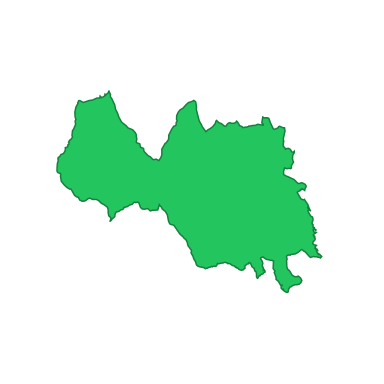 Sacuieu, Cluj, Romania, rotated 63°
{"feature_id": "2599482B66272084006020", "entity_name": "Sacuieu", "entity_type": "district", "adm_level": 2, "iso_a3": "ROU", "parent_name": "Romania", "parent_adm1": "Cluj", "projection": "robinson", "projection_center": [22.862, 46.778], "detail": "fine", "context": "isolated", "style": "filled", "palette": "green", "viewbox_px": 384, "rotation_deg": 63, "n_neighbors": 0, "source": "geoboundaries", "source_scale": "gbopen_adm2", "svg_char_len": 6000}
<svg xmlns="http://www.w3.org/2000/svg" viewBox="0 0 384 384"><g transform="rotate(63 192 192)"><path d="M296.9,168.1L297.1,165.7L296.5,164.7L296.5,163.2L296.1,163.1L296.0,163.7L295.3,162.8L293.6,163.1L293.8,163.8L292.3,163.0L289.5,162.8L287.9,161.4L286.2,160.9L283.9,160.9L282.6,161.3L281.9,160.7L282.0,158.4L285.7,156.4L288.6,152.8L289.2,151.6L290.2,151.1L290.4,150.7L297.1,154.5L299.8,154.0L300.5,154.3L300.9,155.2L306.1,155.8L308.0,156.8L310.7,155.6L315.4,155.4L316.0,154.1L317.0,155.7L318.1,156.2L319.0,156.0L320.5,155.4L320.3,154.8L321.4,155.1L323.4,154.1L324.6,152.9L324.8,152.1L324.2,151.3L322.7,150.3L321.2,148.0L321.4,146.4L321.1,145.2L321.4,142.2L322.2,140.8L322.8,138.4L322.3,136.2L320.7,134.3L318.1,134.3L315.3,135.4L315.1,135.9L314.9,137.7L313.8,139.1L311.7,140.5L306.0,140.9L304.6,141.8L301.8,141.5L295.9,138.8L295.0,137.7L292.7,137.3L291.8,136.1L292.0,134.3L292.9,133.4L292.6,132.0L294.1,128.0L294.0,125.1L293.0,120.6L293.9,119.7L295.1,119.5L296.7,118.3L302.8,116.7L304.1,116.1L304.6,113.1L305.4,112.2L306.5,110.0L307.2,109.6L308.1,108.2L309.1,107.5L308.3,105.7L305.2,106.7L305.0,107.0L305.2,107.9L305.1,108.1L305.1,107.6L304.4,107.9L304.0,107.5L302.4,108.1L301.2,107.8L301.1,107.0L301.4,106.6L301.2,106.5L299.3,106.7L299.5,107.6L297.8,108.0L297.2,107.0L296.6,106.9L296.1,105.4L295.3,106.0L294.5,107.3L292.6,107.8L291.3,106.6L290.7,104.6L289.8,103.5L287.9,103.6L287.9,102.9L286.9,102.8L286.8,103.2L285.4,103.5L284.7,102.0L284.8,101.0L284.5,99.8L282.9,101.6L280.7,101.3L280.2,100.4L282.5,99.2L281.9,98.7L279.9,99.9L279.2,99.2L278.5,100.2L276.2,99.0L275.3,99.4L274.4,99.2L273.3,98.5L272.0,96.9L269.9,96.1L268.8,96.1L268.1,96.8L266.7,97.2L262.2,97.4L261.6,97.3L260.4,95.9L258.5,96.1L257.7,95.3L260.3,95.3L261.1,95.7L263.0,95.0L259.3,95.0L256.1,94.5L249.6,95.2L249.7,96.1L247.9,98.0L240.3,98.5L239.8,98.0L239.9,94.5L239.1,94.3L239.2,93.2L239.6,92.7L239.3,92.2L241.8,90.9L240.5,89.9L239.1,87.9L237.8,87.5L236.4,87.8L234.0,89.5L233.4,90.5L233.2,92.2L232.5,93.7L227.2,95.4L221.6,99.8L220.9,100.6L219.2,101.6L218.7,102.2L217.9,102.3L215.3,101.1L212.6,98.7L214.4,96.7L215.0,94.6L216.0,93.5L215.8,92.6L213.6,91.4L211.4,87.9L210.1,87.9L207.8,87.3L204.6,85.2L203.8,83.5L202.6,82.5L202.1,82.4L202.5,83.2L202.3,84.0L201.6,84.9L198.8,85.0L197.0,86.1L196.3,87.8L196.3,89.3L194.9,89.2L192.9,89.8L191.1,89.2L189.8,88.1L188.7,87.9L188.5,87.2L186.5,86.7L185.5,86.1L180.0,81.5L176.8,80.4L176.1,81.7L173.2,84.1L173.1,85.1L173.8,86.1L173.9,87.8L173.6,89.9L172.7,90.9L165.8,90.7L161.4,90.1L160.5,90.7L159.7,91.8L158.7,94.0L157.3,94.9L161.9,98.3L162.7,98.4L164.0,97.8L164.8,98.3L161.5,102.7L161.4,105.2L160.3,107.7L159.5,110.7L159.0,111.4L159.2,112.0L159.1,113.6L158.3,115.2L158.1,116.6L157.7,117.3L156.3,117.8L154.6,119.4L150.5,119.6L149.1,120.1L149.8,121.4L149.9,123.2L148.8,125.5L147.4,126.8L147.2,127.8L147.4,129.5L148.6,131.5L148.7,132.2L147.8,133.3L144.5,134.7L142.4,136.6L139.4,137.6L139.7,138.5L141.5,140.1L143.2,143.9L143.8,147.2L143.8,149.5L144.6,152.2L138.1,153.3L136.8,153.0L132.0,153.3L120.8,150.8L118.5,149.5L113.8,147.9L113.0,147.9L111.2,148.8L111.4,150.5L110.7,154.6L111.6,157.8L113.3,162.2L113.4,165.3L114.7,168.1L116.9,170.9L120.2,172.8L121.7,172.8L123.1,174.7L124.4,175.3L125.2,176.0L125.4,176.7L125.1,178.5L126.8,181.5L130.8,186.9L134.4,188.9L136.4,192.5L136.5,193.9L140.1,199.4L145.1,201.9L147.1,204.0L149.0,207.2L146.4,209.1L145.9,211.2L145.2,212.1L141.6,213.2L139.8,214.6L134.4,216.2L133.0,216.1L131.4,215.4L130.5,215.9L128.8,217.5L125.1,216.7L124.0,218.1L122.8,219.0L121.8,218.8L119.8,217.1L117.4,216.5L115.5,215.6L113.3,215.6L109.6,216.6L105.9,219.9L103.0,220.6L97.8,223.0L92.3,223.2L87.6,222.5L83.7,222.6L79.2,221.3L72.3,221.1L70.6,221.4L69.3,221.2L68.3,220.4L64.4,220.2L64.4,220.6L65.1,220.9L65.5,221.5L65.9,222.9L66.4,224.9L65.4,225.1L66.8,226.3L67.0,229.6L64.8,230.3L66.5,231.6L65.1,234.1L64.9,239.5L64.6,239.7L63.8,242.1L62.9,248.1L59.5,250.6L59.2,251.6L60.0,252.3L60.6,253.3L61.2,253.3L63.6,256.8L67.5,260.0L72.1,262.1L74.5,262.4L75.7,263.9L79.0,265.1L82.0,268.7L83.2,270.7L87.2,273.3L88.6,273.5L89.3,274.3L90.4,276.6L90.2,277.4L91.6,279.4L92.3,279.3L93.4,279.8L93.5,281.0L95.1,282.1L95.3,282.5L95.0,284.8L96.6,285.5L97.8,286.6L99.4,289.0L99.1,291.9L100.3,293.6L100.5,295.5L101.7,296.5L102.5,296.5L104.1,297.6L105.2,298.8L108.4,300.8L111.9,302.7L112.8,302.9L113.9,302.6L115.9,300.9L116.4,300.8L118.4,302.1L123.1,303.6L127.8,302.6L131.1,301.4L133.9,299.7L134.2,298.8L134.9,298.4L141.5,298.2L143.9,297.1L145.1,295.7L148.2,295.7L150.2,294.2L151.1,292.5L151.4,290.7L150.8,287.6L151.0,285.9L153.5,284.0L155.1,280.7L157.2,279.1L160.9,277.9L163.4,276.1L167.1,274.3L169.6,274.7L172.5,276.1L175.4,277.0L177.2,276.3L178.6,276.2L180.3,277.6L181.0,278.8L180.5,276.5L179.7,275.4L179.0,272.1L176.6,270.4L175.5,268.7L176.1,265.7L175.6,263.8L176.1,261.6L175.7,260.4L175.0,260.0L174.9,259.5L175.7,256.2L175.3,253.7L175.8,250.8L174.8,248.4L175.4,247.2L175.9,247.0L176.3,245.2L177.1,244.3L182.5,244.9L184.6,244.0L185.8,242.2L186.5,239.3L187.5,238.6L189.9,237.8L190.3,235.6L192.5,230.7L188.5,226.9L190.5,226.6L191.4,226.1L193.8,226.2L197.0,224.6L199.5,224.4L201.4,224.4L207.2,226.1L209.9,226.3L211.0,225.9L212.9,223.7L213.9,223.2L223.9,221.9L228.3,220.2L230.0,220.0L231.4,219.1L234.5,219.1L238.0,219.9L243.8,219.0L244.4,219.2L245.4,220.3L246.3,220.5L249.6,220.3L252.3,220.8L255.8,220.5L258.9,221.1L260.3,220.7L261.9,219.4L264.8,215.7L266.4,215.0L266.5,213.9L266.9,212.8L266.8,211.2L267.3,209.6L267.1,208.7L267.9,208.0L267.7,207.2L268.2,205.9L269.1,204.6L268.7,203.3L267.2,201.7L268.1,200.9L268.6,198.4L269.4,196.4L269.4,195.1L269.9,194.3L271.1,192.9L271.9,192.8L273.1,190.7L275.7,189.5L277.2,187.8L278.9,187.4L279.1,186.8L280.1,186.5L280.5,185.8L282.5,185.2L284.3,183.3L284.6,181.3L284.0,180.3L284.0,179.4L282.4,178.8L281.8,178.0L281.2,175.6L281.7,174.1L280.8,173.2L282.0,172.2L285.9,172.5L288.5,171.2L289.3,171.6L291.2,171.8L292.1,171.2L294.3,171.7L296.5,172.9L298.5,173.0L298.7,172.8L298.6,172.5L297.1,170.1L297.5,169.4L296.9,168.1Z" fill="#22c55e" stroke="#15803d" stroke-width="1.5"/></g></svg>